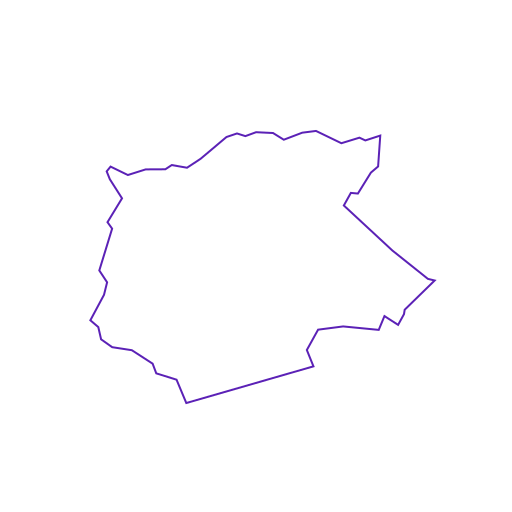 outline of Hancock, Georgia, United States of America, rotated 206°
{"feature_id": "52423323B47839005266418", "entity_name": "Hancock", "entity_type": "district", "adm_level": 2, "iso_a3": "USA", "parent_name": "United States of America", "parent_adm1": "Georgia", "projection": "mercator", "projection_center": [-82.985, 33.26], "detail": "fine", "context": "isolated", "style": "outline", "palette": "violet", "viewbox_px": 512, "rotation_deg": 206, "n_neighbors": 0, "source": "geoboundaries", "source_scale": "gbopen_adm2", "svg_char_len": 807}
<svg xmlns="http://www.w3.org/2000/svg" viewBox="0 0 512 512"><g transform="rotate(206 256 256)"><path d="M254.2,93.3L156.0,182.0L169.1,193.8L167.9,217.0L146.8,230.9L113.3,243.4L114.2,258.3L98.1,256.4L97.5,268.6L98.8,272.9L84.7,312.3L91.5,310.8L135.8,320.7L199.2,339.9L198.4,354.3L191.8,356.8L189.3,381.3L185.5,390.0L197.1,418.7L208.4,407.8L214.9,407.7L228.7,394.8L256.9,394.7L268.5,387.1L282.0,372.7L294.6,374.0L310.2,367.3L318.1,359.1L326.8,357.8L334.7,350.0L348.4,319.1L356.7,305.1L371.6,300.8L375.5,294.2L393.1,285.5L406.7,272.6L425.9,272.6L427.3,266.6L421.0,260.9L401.7,249.1L404.3,221.3L397.3,217.5L390.5,174.3L378.3,167.1L375.6,154.5L376.7,125.6L366.6,123.0L358.7,113.2L345.3,111.0L326.3,116.9L301.7,113.9L294.2,106.8L273.2,110.0L254.2,93.3Z" fill="none" stroke="#5b21b6" stroke-width="2"/></g></svg>